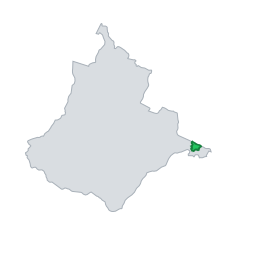 Songololo, Bas-Congo, Democratic Republic of the Congo (highlighted), rotated 205°
{"feature_id": "63176286B29097498682851", "entity_name": "Songololo", "entity_type": "district", "adm_level": 2, "iso_a3": "COD", "parent_name": "Democratic Republic of the Congo", "parent_adm1": "Bas-Congo", "projection": "albers", "projection_center": [14.107, -5.44], "detail": "fine", "context": "in_parent", "style": "filled", "palette": "green", "viewbox_px": 256, "rotation_deg": 205, "n_neighbors": 0, "source": "geoboundaries", "source_scale": "gbopen_adm2", "svg_char_len": 5890}
<svg xmlns="http://www.w3.org/2000/svg" viewBox="0 0 256 256"><g transform="rotate(205 128 128)"><path d="M206.1,165.2L189.7,167.3L190.0,168.3L189.9,169.3L189.4,170.0L187.7,172.0L185.2,173.8L185.2,174.2L186.4,176.4L187.1,179.2L186.8,184.2L187.1,185.6L187.0,186.7L186.1,187.8L184.4,193.8L185.4,196.7L188.5,199.5L190.4,201.6L193.5,202.4L194.0,202.3L194.3,200.6L196.8,200.1L196.5,210.8L196.3,211.4L195.9,211.5L195.3,211.1L195.1,210.1L194.4,209.6L191.3,210.9L190.5,210.8L189.7,210.6L189.1,210.0L188.9,209.2L186.8,206.0L185.8,205.8L184.6,203.0L179.8,200.8L177.9,200.6L177.0,199.9L176.1,197.7L174.5,196.2L174.2,194.6L173.8,194.4L172.8,194.7L171.9,197.2L170.8,197.8L168.8,197.8L163.8,197.0L160.3,195.6L159.4,195.7L158.0,194.5L157.4,192.5L157.8,191.1L157.5,190.8L152.0,192.0L150.7,192.7L149.5,192.5L149.1,192.1L149.7,191.1L149.4,190.0L149.0,189.4L147.4,189.0L146.9,187.8L145.9,187.6L145.6,187.8L145.4,188.6L144.8,188.9L141.5,188.4L138.1,189.4L133.6,189.1L131.4,190.3L131.1,190.3L130.6,189.6L130.2,187.6L130.5,187.0L131.2,186.6L131.4,185.8L131.2,183.7L131.4,183.2L131.2,182.0L130.5,180.0L129.6,178.4L127.6,176.0L127.2,174.9L127.4,172.2L128.1,168.0L128.1,164.9L127.3,162.9L127.1,160.7L127.7,156.7L127.2,155.8L116.8,155.3L116.4,155.0L116.2,154.5L116.7,152.1L110.4,152.7L108.5,153.1L107.3,154.0L106.9,155.2L106.8,156.9L105.9,158.6L105.6,161.3L103.8,161.6L102.1,161.6L98.7,161.0L95.4,161.8L93.8,162.5L93.0,162.1L90.0,162.4L89.6,162.2L86.3,156.7L84.8,154.9L84.5,154.0L84.7,153.1L84.3,152.0L82.7,149.2L82.4,147.9L82.5,145.8L82.3,145.1L80.9,143.4L80.0,142.8L79.0,142.5L62.0,142.7L56.4,142.4L52.3,142.6L50.2,142.4L49.6,142.2L47.8,142.6L46.8,143.3L45.3,143.7L44.4,143.5L42.6,141.5L45.0,141.2L45.4,136.1L44.7,135.4L46.0,134.6L48.1,132.4L50.1,131.6L50.4,131.2L50.8,131.2L51.5,132.1L53.3,133.3L55.4,132.3L55.7,132.0L55.9,129.9L56.5,129.7L57.4,130.2L57.9,130.2L58.9,129.6L61.6,128.5L62.4,129.8L61.7,131.1L62.0,131.9L62.1,133.2L62.6,133.5L64.7,133.7L65.4,133.4L69.7,128.6L70.8,128.0L72.7,126.1L75.1,125.3L76.1,123.8L77.5,121.1L78.2,117.3L78.0,110.6L78.2,109.7L81.1,106.7L84.1,101.2L86.2,99.8L87.7,99.3L90.1,97.3L92.0,95.3L91.7,92.9L92.2,90.9L93.2,88.4L93.6,85.7L93.2,82.8L93.4,80.5L94.8,76.9L95.0,72.6L96.2,69.1L98.8,64.6L100.0,61.3L99.8,58.0L100.1,55.6L100.0,54.2L99.5,52.9L99.8,52.1L100.7,51.8L101.9,50.6L104.1,47.4L106.4,45.9L108.0,45.4L109.7,45.4L110.8,45.7L112.5,47.0L114.5,48.0L116.0,49.3L117.5,51.3L121.1,51.8L122.6,52.5L123.5,52.8L123.9,52.6L124.6,52.7L126.3,53.3L127.6,53.0L134.2,54.4L135.0,53.7L136.9,50.4L138.3,49.3L140.5,49.2L142.3,49.8L143.2,49.9L151.4,47.1L152.5,47.0L155.4,47.7L157.4,47.3L158.1,47.4L159.8,47.0L161.2,45.0L162.3,44.5L174.0,46.9L175.8,45.9L176.6,45.8L179.2,46.6L180.0,47.9L181.5,49.0L182.6,50.8L184.3,51.8L185.2,52.8L186.2,53.4L188.3,53.7L191.0,52.2L192.9,52.4L194.8,53.3L195.5,53.3L196.9,52.4L197.7,51.4L198.5,51.2L199.6,51.7L200.5,52.6L201.3,54.0L204.1,57.1L206.9,58.5L207.5,60.4L208.6,60.2L209.1,60.4L209.8,61.6L210.3,61.8L210.4,62.3L209.6,63.4L208.9,65.5L209.7,66.8L209.0,68.7L208.5,70.7L209.4,71.2L210.6,71.2L211.7,72.2L212.5,72.4L213.4,73.5L213.1,74.4L210.3,77.5L206.0,81.3L204.6,81.8L203.8,82.5L203.3,83.6L202.1,84.6L201.1,84.9L201.0,87.8L199.5,90.7L198.9,91.3L198.1,96.0L198.2,96.9L197.3,100.8L197.3,104.4L195.3,105.5L193.9,107.3L193.2,108.5L193.2,111.5L190.9,113.2L190.7,113.6L191.2,115.7L192.0,116.1L192.0,116.8L193.8,119.1L193.5,126.0L193.6,126.7L194.5,128.4L195.1,131.6L194.3,135.5L196.6,142.9L195.4,145.6L195.9,148.2L197.3,150.9L200.8,153.6L201.7,154.8L202.5,156.3L203.3,158.6L206.1,165.2Z" fill="#d9dde1" stroke="#a8b0b8" stroke-width="1"/><path d="M62.7,139.2L62.8,139.0L62.8,138.9L63.0,138.6L62.8,138.5L62.8,138.3L63.0,138.3L63.1,138.2L62.7,138.1L62.4,138.2L62.3,138.4L62.1,138.4L62.0,138.1L61.9,137.9L61.9,137.6L61.9,137.4L62.0,137.4L61.9,137.3L61.9,137.2L62.0,137.2L61.9,137.1L61.8,136.9L61.7,136.8L61.8,136.7L61.7,136.7L61.8,136.4L61.7,136.4L61.8,136.3L61.8,136.2L61.7,136.3L61.7,136.2L61.8,136.0L61.7,135.9L61.7,136.0L61.7,135.9L61.4,135.7L61.5,135.6L61.4,135.5L61.4,135.4L61.5,135.4L61.4,135.3L61.4,135.2L61.2,135.0L61.0,134.9L60.9,134.9L61.0,134.9L60.9,134.8L60.7,134.8L60.7,134.7L60.4,134.6L60.2,134.6L60.3,134.6L60.3,134.4L60.2,134.4L59.8,134.6L59.7,134.8L59.4,134.9L59.0,135.1L58.9,135.2L58.7,135.0L58.4,135.3L58.4,135.2L58.3,135.3L58.4,135.5L58.5,135.9L58.4,136.0L58.5,136.0L58.4,136.0L58.4,136.3L58.2,136.6L58.1,136.8L58.1,136.7L58.1,136.8L57.9,136.9L57.7,136.9L57.4,136.9L57.4,137.1L57.5,137.2L57.5,137.3L57.4,137.3L57.4,137.5L57.2,137.6L56.9,137.6L56.7,137.5L56.7,137.4L56.5,137.2L56.4,137.2L56.3,137.3L56.2,137.3L56.1,137.5L56.1,137.8L55.9,137.8L55.8,137.7L55.7,137.6L55.5,137.4L55.3,137.3L55.2,137.4L55.3,137.4L55.2,137.4L55.2,137.5L54.9,137.6L54.8,137.8L54.7,137.9L54.5,138.0L54.5,138.3L54.6,138.5L54.8,138.6L55.1,138.9L55.2,139.1L55.3,139.3L55.5,139.4L55.5,139.5L55.4,139.6L55.2,139.5L55.0,139.4L54.9,139.5L54.7,139.6L54.7,139.8L54.8,139.8L54.9,140.0L54.9,140.3L54.9,140.5L54.9,140.9L54.8,141.1L54.7,141.1L54.4,141.3L54.3,141.6L54.2,141.6L54.2,141.8L53.9,141.9L53.8,142.1L54.2,142.5L54.5,142.7L55.0,142.7L55.1,142.8L55.3,142.8L55.4,142.7L55.5,142.7L55.7,142.8L55.8,142.8L56.1,142.8L56.2,142.6L57.0,142.5L57.5,142.4L58.2,142.3L58.4,142.3L58.5,142.2L58.8,142.2L58.8,142.3L59.0,142.3L59.2,142.2L59.3,142.2L59.5,142.2L59.8,142.2L59.8,142.3L60.0,142.3L60.1,142.2L60.2,142.4L60.2,142.5L60.3,142.5L60.5,142.5L60.5,142.4L60.5,142.5L60.8,142.6L60.9,142.4L61.0,142.4L61.2,142.6L62.0,142.7L62.4,142.8L62.7,142.7L62.8,142.8L63.0,142.8L63.6,142.9L63.9,143.0L63.9,142.8L63.9,142.7L64.0,142.6L64.1,142.4L64.3,142.4L64.3,142.2L64.2,142.2L64.1,141.9L64.2,141.7L64.0,141.4L64.1,141.2L63.9,141.0L63.7,141.2L63.5,141.3L63.4,141.3L63.3,141.2L63.2,141.2L63.0,140.9L63.0,140.7L62.9,140.6L62.8,140.3L62.7,140.3L62.6,140.2L62.5,140.3L62.3,140.2L62.2,140.2L62.2,139.9L62.3,139.4L62.4,139.2L62.5,139.2L62.7,139.2Z" fill="#22c55e" stroke="#15803d" stroke-width="1.5"/></g></svg>